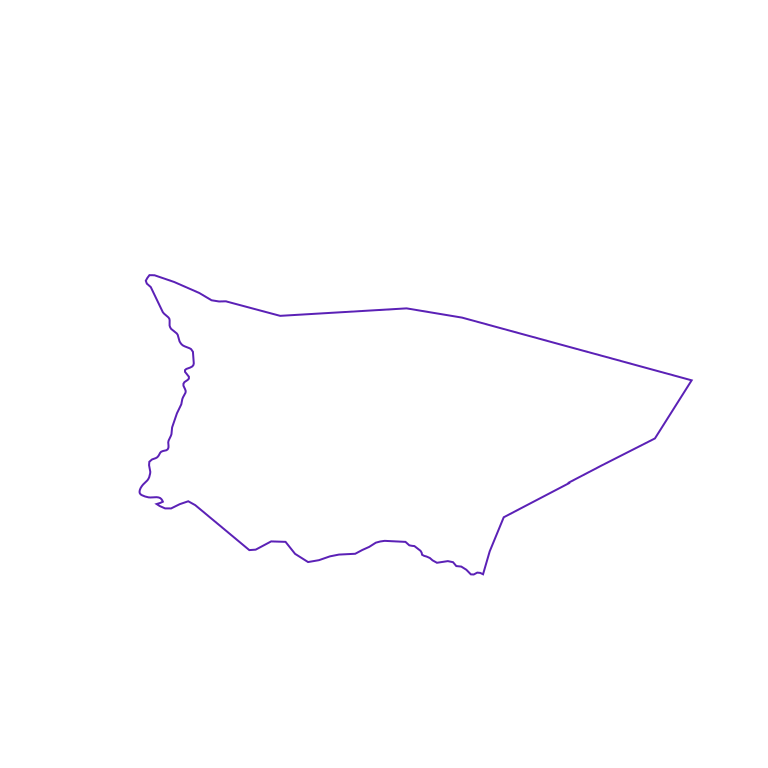 the border of Brakna, rotated 59°
{"feature_id": "MRT-2784", "entity_name": "Brakna", "entity_type": "Region", "adm_level": 1, "iso_a3": "MRT", "parent_name": "Mauritania", "parent_adm1": "", "projection": "equal_earth", "projection_center": [-13.723, 17.338], "detail": "fine", "context": "isolated", "style": "outline", "palette": "violet", "viewbox_px": 768, "rotation_deg": 59, "n_neighbors": 0, "source": "natural_earth", "source_scale": "10m", "svg_char_len": 1929}
<svg xmlns="http://www.w3.org/2000/svg" viewBox="0 0 768 768"><g transform="rotate(59 384 384)"><path d="M175.8,535.6L172.8,535.0L171.2,532.2L169.9,529.0L172.6,524.7L188.5,511.3L210.8,495.5L223.4,488.7L228.3,482.9L231.7,476.9L232.8,475.9L272.1,437.9L330.8,325.7L367.3,282.9L412.7,239.5L539.3,118.4L570.2,179.8L565.9,239.9L563.7,276.4L564.3,276.4L559.9,350.0L581.9,379.6L598.1,397.1L595.5,398.8L593.7,401.2L593.5,405.2L591.9,407.6L585.6,409.1L580.3,411.8L577.3,415.8L572.3,416.6L568.7,420.5L564.5,430.7L560.2,433.2L556.8,434.3L553.8,436.4L552.0,438.1L550.0,439.3L547.9,438.6L545.8,438.6L538.6,441.4L537.1,443.4L535.3,445.4L530.4,446.9L518.8,464.2L517.1,468.2L515.8,472.7L516.0,480.5L515.1,488.1L514.7,496.1L507.0,510.5L503.9,519.1L501.5,530.5L497.5,540.8L483.8,547.7L468.6,549.7L460.8,561.8L459.9,579.3L457.0,585.0L390.6,608.2L383.7,612.2L381.8,621.0L381.0,630.6L377.9,635.7L373.1,639.1L369.8,640.7L370.7,637.0L371.0,634.2L369.5,634.0L368.0,634.1L366.5,634.6L365.2,635.6L363.9,637.2L361.0,642.6L359.9,644.2L357.3,646.8L354.6,648.8L353.4,649.4L352.0,649.6L350.7,649.2L349.2,648.0L347.9,646.3L346.9,644.4L346.1,642.3L344.7,636.4L343.9,634.7L342.9,633.2L340.3,630.6L339.0,629.6L332.6,627.2L329.8,625.2L329.2,621.7L330.0,617.8L330.0,616.0L329.3,614.0L327.7,611.3L327.3,609.9L327.6,608.0L328.7,604.7L328.6,603.1L327.6,601.6L326.1,600.6L322.9,599.0L321.5,597.7L318.6,593.3L317.5,592.0L312.1,588.0L302.5,576.6L297.0,568.2L293.1,564.7L292.0,563.3L289.2,558.6L287.9,557.6L286.1,557.2L282.2,556.8L280.5,555.8L279.6,554.1L279.4,550.2L278.9,548.5L277.3,547.5L271.1,548.3L269.6,547.4L269.3,545.7L270.1,541.6L270.2,539.2L269.5,537.5L268.3,536.4L258.0,531.2L254.8,531.4L253.3,532.2L249.0,535.5L247.4,536.5L245.7,537.1L243.9,537.3L242.2,537.3L235.6,535.5L233.9,535.6L227.1,538.1L225.3,538.1L223.5,537.7L218.9,534.9L217.5,534.4L215.9,534.5L210.4,536.3L208.5,536.6L180.8,534.0L175.8,535.6Z" fill="none" stroke="#5b21b6" stroke-width="2"/></g></svg>